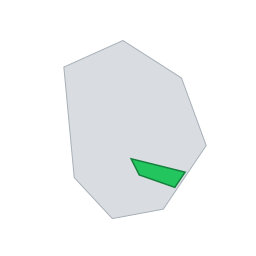 Ewa on a map of Nauru (Albers equal-area conic projection), rotated 145°
{"feature_id": "NRU-4977", "entity_name": "Ewa", "entity_type": "state/province", "adm_level": 1, "iso_a3": "NRU", "parent_name": "Nauru", "parent_adm1": "", "projection": "albers", "projection_center": [166.932, -0.502], "detail": "fine", "context": "in_parent", "style": "filled", "palette": "green", "viewbox_px": 256, "rotation_deg": 145, "n_neighbors": 0, "source": "natural_earth", "source_scale": "10m", "svg_char_len": 379}
<svg xmlns="http://www.w3.org/2000/svg" viewBox="0 0 256 256"><g transform="rotate(145 128 128)"><path d="M200.5,118.2L145.6,214.7L82.0,202.6L55.5,138.3L74.0,68.8L145.6,41.3L192.8,62.8L200.5,118.2Z" fill="#d9dde1" stroke="#a8b0b8" stroke-width="1"/><path d="M106.6,59.1L123.7,52.5L145.7,83.1L143.1,101.0L106.6,59.1Z" fill="#22c55e" stroke="#15803d" stroke-width="1.5"/></g></svg>